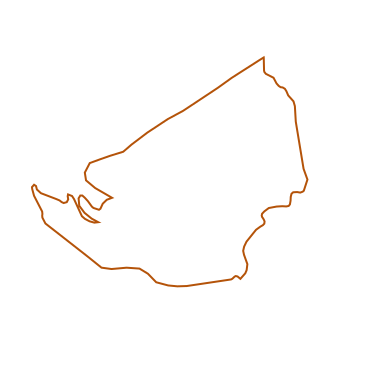 Cà Mau, Albers equal-area conic projection, rotated 54°
{"feature_id": "VNM-507", "entity_name": "Cà Mau", "entity_type": "Province", "adm_level": 1, "iso_a3": "VNM", "parent_name": "Vietnam", "parent_adm1": "", "projection": "albers", "projection_center": [105.046, 9.05], "detail": "fine", "context": "isolated", "style": "outline", "palette": "amber", "viewbox_px": 384, "rotation_deg": 54, "n_neighbors": 0, "source": "natural_earth", "source_scale": "10m", "svg_char_len": 1616}
<svg xmlns="http://www.w3.org/2000/svg" viewBox="0 0 384 384"><g transform="rotate(54 192 192)"><path d="M290.7,203.9L287.1,204.8L285.7,206.0L285.5,207.3L285.9,210.4L285.7,211.8L265.0,251.5L259.7,259.3L253.6,266.2L244.0,274.0L232.2,275.7L223.1,279.5L214.8,289.4L207.0,302.4L200.0,309.7L181.3,314.8L131.3,329.1L124.8,328.1L123.1,327.1L121.8,325.9L119.7,324.7L102.2,322.0L95.6,319.5L94.0,318.6L93.3,315.5L95.5,314.7L98.8,316.0L104.2,314.9L118.0,305.9L121.0,304.1L123.5,303.4L125.5,302.3L126.6,299.3L125.2,296.5L122.3,295.0L121.1,293.7L124.8,291.4L128.4,291.6L146.9,295.3L150.8,294.4L155.5,292.1L159.4,289.0L161.3,285.6L154.6,288.8L145.7,291.2L136.9,291.3L130.5,287.5L129.2,284.4L130.4,282.8L133.6,282.1L138.2,281.6L145.0,281.6L147.0,281.1L151.7,277.7L151.7,275.9L149.0,271.1L148.2,265.5L149.7,260.1L131.9,268.0L120.3,270.9L113.3,267.3L108.5,257.7L111.6,246.9L114.6,236.9L119.0,224.0L118.1,213.1L117.7,193.2L118.8,168.6L121.1,151.5L122.9,109.9L123.0,92.7L124.9,60.5L125.3,54.9L125.5,55.0L136.2,62.4L137.5,62.9L139.8,62.8L147.5,58.9L153.8,59.8L157.1,59.5L159.3,58.7L160.7,57.2L163.1,56.2L166.0,56.4L170.4,57.4L178.3,56.6L183.0,58.3L196.1,66.7L238.8,88.1L249.8,91.3L256.7,100.8L256.8,102.3L256.1,104.8L253.9,106.9L251.7,110.3L251.9,112.5L254.0,115.0L257.0,117.4L259.6,120.1L260.1,122.0L259.1,124.2L256.5,127.4L253.5,132.1L250.1,139.3L250.2,144.9L250.8,148.1L252.1,149.5L253.5,150.0L255.2,150.0L256.9,150.2L258.5,150.6L260.1,152.1L260.5,154.2L260.2,157.0L260.2,162.4L264.2,177.1L266.8,181.9L269.7,185.2L273.3,186.8L282.9,189.6L287.3,193.7L289.1,196.7L290.7,203.9Z" fill="none" stroke="#b45309" stroke-width="2"/></g></svg>